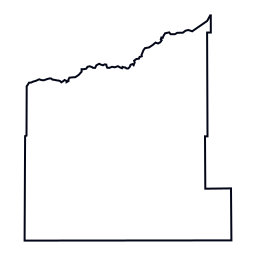 the district of Haakon, South Dakota, United States of America
{"feature_id": "52423323B12436864135632", "entity_name": "Haakon", "entity_type": "district", "adm_level": 2, "iso_a3": "USA", "parent_name": "United States of America", "parent_adm1": "South Dakota", "projection": "orthographic", "projection_center": [-101.585, 44.371], "detail": "fine", "context": "isolated", "style": "outline", "palette": "ink", "viewbox_px": 256, "rotation_deg": 0, "n_neighbors": 0, "source": "geoboundaries", "source_scale": "gbopen_adm2", "svg_char_len": 1248}
<svg xmlns="http://www.w3.org/2000/svg" viewBox="0 0 256 256"><path d="M227.7,240.4L231.4,240.4L231.0,188.4L205.3,188.7L205.0,136.3L207.5,136.3L207.1,32.5L210.8,32.5L210.8,15.4L210.2,15.4L207.2,20.9L192.2,31.3L188.3,30.0L185.5,30.7L182.9,32.7L177.3,32.8L174.9,34.2L170.6,34.2L169.2,32.4L165.1,33.3L163.6,35.7L162.7,37.9L161.4,37.5L160.8,39.4L161.7,40.2L160.3,42.2L158.1,43.5L155.5,42.6L153.0,44.8L149.1,47.4L144.9,48.2L143.4,50.3L141.6,54.8L141.8,56.3L139.6,56.9L138.9,58.7L136.4,59.0L134.1,60.7L134.7,62.4L133.6,65.2L132.4,64.1L130.6,64.8L129.5,67.3L128.1,68.5L126.4,68.4L125.4,67.5L123.7,67.3L122.5,66.9L122.0,68.2L120.4,67.6L117.9,66.2L114.8,67.3L112.1,66.8L109.2,67.9L107.2,67.7L106.5,65.9L106.3,64.6L104.5,64.4L103.0,65.3L101.1,64.7L99.1,63.8L96.4,65.3L95.1,67.9L93.1,67.9L92.0,67.1L89.7,66.3L87.5,66.8L86.3,68.7L83.8,69.2L81.6,69.2L81.6,71.7L78.7,74.9L75.3,77.2L72.9,77.3L69.4,77.7L68.4,79.7L68.5,81.0L66.6,82.1L66.6,81.0L64.6,80.0L62.9,81.4L61.3,82.3L60.4,81.3L59.2,80.7L56.5,80.3L54.1,79.8L52.4,79.6L51.4,78.6L49.9,78.4L48.1,78.8L45.7,79.6L43.6,80.3L41.1,80.0L39.2,79.3L35.7,80.9L33.1,81.6L31.3,82.5L29.0,82.7L27.1,85.8L26.9,85.9L26.7,86.1L26.5,135.6L25.1,136.1L24.6,240.6L227.7,240.4Z" fill="none" stroke="#020617" stroke-width="2"/></svg>